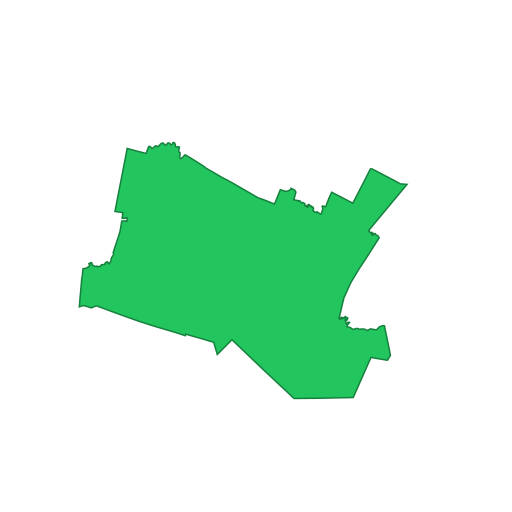 Orbeasca, Teleorman, Romania, rotated 309°
{"feature_id": "2599482B32286480268164", "entity_name": "Orbeasca", "entity_type": "district", "adm_level": 2, "iso_a3": "ROU", "parent_name": "Romania", "parent_adm1": "Teleorman", "projection": "orthographic", "projection_center": [25.351, 44.113], "detail": "fine", "context": "isolated", "style": "filled", "palette": "green", "viewbox_px": 512, "rotation_deg": 309, "n_neighbors": 0, "source": "geoboundaries", "source_scale": "gbopen_adm2", "svg_char_len": 5928}
<svg xmlns="http://www.w3.org/2000/svg" viewBox="0 0 512 512"><g transform="rotate(309 256 256)"><path d="M257.2,422.9L257.8,423.8L263.4,423.0L270.2,414.9L280.2,402.6L282.6,399.8L281.7,398.3L278.7,396.5L275.0,396.2L274.0,395.5L271.5,390.9L268.1,389.3L267.5,386.5L266.8,385.3L264.0,382.1L263.2,379.8L260.1,377.8L259.6,373.8L258.3,371.3L259.3,370.5L263.2,370.5L263.1,370.2L262.4,369.2L262.2,369.2L262.0,369.4L262.0,369.6L261.7,369.6L261.4,369.5L261.1,369.1L260.3,368.9L260.2,368.8L260.2,368.7L260.2,368.4L260.6,367.9L261.3,367.3L261.6,366.7L261.9,366.5L262.1,366.3L262.2,365.8L262.3,365.7L262.8,365.5L263.1,365.5L263.0,366.2L262.9,366.4L263.0,366.9L263.2,367.0L264.3,366.9L265.0,366.6L265.4,366.5L265.6,366.3L265.6,366.1L265.1,365.2L265.1,364.8L264.8,364.4L264.8,364.2L265.3,363.9L265.2,363.6L265.1,363.4L263.8,364.0L263.5,364.0L263.3,363.9L263.2,363.7L263.6,363.4L263.6,363.2L263.1,362.9L262.8,362.4L261.8,362.4L261.6,362.4L261.7,362.0L262.4,361.5L262.4,361.3L262.3,361.2L262.1,361.1L261.9,360.9L261.7,360.9L261.4,361.1L261.2,361.4L261.1,361.5L260.9,361.3L260.7,361.0L260.5,360.9L260.4,361.0L260.3,361.3L259.8,361.2L259.6,361.1L259.6,360.9L259.9,360.5L259.8,360.1L259.8,359.8L260.3,359.7L260.4,359.4L260.6,359.2L261.2,359.2L261.3,359.1L275.5,352.2L276.2,352.0L276.2,351.9L276.9,351.6L278.4,350.8L282.9,349.6L286.0,348.8L290.1,347.7L291.7,347.3L293.7,346.8L294.3,346.7L294.5,346.5L306.7,344.8L312.9,344.0L313.3,344.0L323.7,343.0L347.6,340.3L348.1,339.2L348.2,338.6L348.5,338.1L348.5,337.6L348.2,337.0L348.0,336.2L348.0,335.7L348.2,335.2L348.4,334.5L347.7,334.1L347.5,333.8L347.6,333.2L347.2,332.8L347.1,332.7L347.0,332.8L346.6,333.3L346.4,333.8L346.1,333.9L345.8,333.8L345.4,332.9L345.4,332.5L345.6,332.2L346.4,331.9L346.8,331.9L347.3,331.4L347.3,331.2L347.2,331.0L346.3,330.9L346.1,330.7L346.3,330.1L346.3,329.8L346.1,328.9L346.1,328.6L346.3,328.4L346.8,328.2L346.8,327.7L347.1,327.5L406.7,328.3L402.8,322.6L402.5,320.3L401.6,315.5L396.7,291.3L395.7,290.1L382.7,292.9L358.0,298.0L353.2,274.7L350.2,275.4L347.2,276.2L338.6,279.0L338.1,279.0L337.8,278.7L337.7,278.1L337.3,277.5L337.1,276.8L336.8,276.3L336.7,276.2L336.4,276.2L336.1,276.3L336.0,276.5L335.4,277.3L334.7,278.2L334.5,278.4L333.1,278.9L332.7,279.0L330.5,280.0L329.8,279.9L329.1,279.7L329.0,278.2L328.9,277.8L328.9,276.9L328.9,276.7L328.9,275.7L328.7,275.6L328.5,275.8L328.3,275.8L327.9,275.6L327.7,275.2L327.1,274.5L327.1,274.3L327.3,273.3L327.1,272.5L327.4,271.9L327.3,271.7L328.1,271.1L328.9,271.0L329.2,270.8L329.5,270.3L329.8,269.6L329.9,269.4L329.7,269.1L329.1,268.7L329.1,268.2L329.5,267.9L329.5,267.7L329.5,267.2L329.2,267.0L329.2,266.8L329.2,266.0L329.4,265.5L329.3,264.8L329.2,264.6L329.0,264.3L328.7,264.2L328.5,264.3L328.4,264.4L328.6,265.1L328.4,265.3L328.2,265.4L326.9,265.5L326.5,265.4L326.2,265.1L326.1,264.7L327.0,264.4L327.2,264.2L327.1,263.9L326.6,263.6L326.1,263.0L326.0,262.7L325.9,262.4L326.0,262.1L326.6,262.0L326.8,261.9L327.1,261.3L327.3,261.1L327.3,260.4L327.2,259.2L327.1,258.8L326.7,258.5L326.1,258.2L325.9,257.8L325.9,257.4L326.1,256.7L326.5,256.1L326.5,255.8L326.4,255.5L326.2,254.9L325.9,254.4L325.7,254.4L325.3,254.5L325.1,254.4L325.1,254.2L325.2,253.6L325.1,252.8L324.9,252.6L324.7,252.4L323.6,250.0L330.8,246.8L331.6,244.4L330.6,240.6L329.6,241.1L327.6,240.3L326.2,239.6L325.5,239.0L324.6,237.8L324.3,236.7L322.8,233.2L308.0,237.7L305.4,229.1L304.3,225.7L303.8,224.6L302.5,220.8L301.2,212.2L297.8,190.9L296.7,185.0L295.8,181.0L294.6,173.0L292.9,162.5L292.8,158.8L291.2,144.6L290.1,137.3L289.1,137.1L286.9,136.9L285.2,136.6L284.4,136.3L284.2,136.1L284.2,135.8L284.3,135.2L284.8,134.6L285.8,133.8L287.3,133.0L288.3,132.1L288.5,131.6L288.5,131.3L288.3,130.9L288.5,130.6L288.6,130.3L288.7,130.1L290.3,129.0L290.8,128.7L291.6,128.5L292.0,128.3L292.4,128.0L292.4,127.7L291.9,126.7L291.7,126.6L291.6,126.4L291.2,126.1L290.9,125.8L290.6,125.3L290.5,125.1L290.6,124.8L290.8,124.1L291.7,123.4L292.0,122.6L292.5,122.0L292.6,121.8L292.6,121.5L292.6,120.9L292.2,120.4L292.1,120.2L291.8,120.2L290.3,120.4L289.3,120.4L289.1,119.9L288.9,119.4L289.1,118.6L289.3,118.2L289.3,117.9L289.0,117.1L288.5,116.5L287.1,116.3L285.6,116.3L285.4,116.2L285.1,115.7L284.9,115.3L285.1,114.2L285.0,113.9L285.4,113.5L285.4,113.3L285.3,112.9L284.9,112.2L284.6,111.9L282.9,111.3L282.5,111.3L280.2,111.2L279.6,111.0L279.1,110.8L279.0,110.6L278.9,110.3L278.9,109.5L278.9,109.2L278.6,108.8L277.8,108.4L276.1,108.2L275.1,107.9L274.3,107.4L274.2,107.1L274.4,105.0L274.3,104.4L274.0,103.9L273.9,103.8L273.6,103.8L273.1,103.8L266.6,106.1L263.0,98.4L258.5,88.2L248.8,93.4L201.9,118.3L202.3,119.2L203.6,121.2L205.9,125.3L201.1,128.2L201.8,129.3L201.9,129.2L202.7,130.4L203.3,130.1L204.5,132.0L201.7,133.8L200.9,132.2L198.7,129.7L189.6,134.8L184.4,136.9L169.3,142.6L168.6,143.0L167.8,144.2L166.4,144.7L165.7,144.5L162.5,145.2L161.8,146.0L160.7,146.4L159.8,146.4L158.9,146.7L157.5,146.8L157.9,144.4L157.4,144.5L157.3,144.0L157.0,143.5L156.6,143.3L155.4,143.2L155.0,143.6L154.2,143.8L154.1,143.7L153.9,143.3L153.0,142.6L152.5,141.8L152.1,141.5L151.6,141.4L150.8,141.5L150.4,141.7L150.2,141.7L149.1,140.6L148.6,140.3L148.1,139.7L148.0,139.4L148.1,138.8L147.9,138.6L147.2,138.3L147.0,138.0L146.7,137.1L146.4,136.5L146.1,135.5L146.2,134.8L146.4,134.5L146.6,133.7L147.1,133.2L147.3,132.8L147.2,132.2L147.0,131.9L146.6,131.6L146.4,131.6L146.3,131.8L146.0,131.8L145.9,131.7L145.5,131.1L145.0,130.9L144.8,131.0L144.6,131.3L144.5,132.2L144.4,132.4L144.2,132.7L143.9,132.9L143.0,132.6L141.8,132.6L141.2,132.1L140.1,132.0L139.7,131.8L139.0,131.1L138.2,130.5L137.6,129.6L137.3,129.6L136.6,130.0L130.9,133.7L129.8,134.3L129.4,134.4L111.7,146.3L105.3,150.7L108.0,152.4L108.4,152.8L109.1,153.5L110.9,157.6L112.0,160.6L116.6,163.2L117.0,163.8L123.4,182.8L131.8,206.7L137.0,220.1L146.4,242.9L149.6,251.2L151.0,250.6L157.2,265.0L162.3,277.4L155.1,287.9L175.8,290.0L172.3,332.6L169.2,375.2L185.2,394.6L207.2,420.6L249.5,409.2L257.2,422.9Z" fill="#22c55e" stroke="#15803d" stroke-width="1.5"/></g></svg>